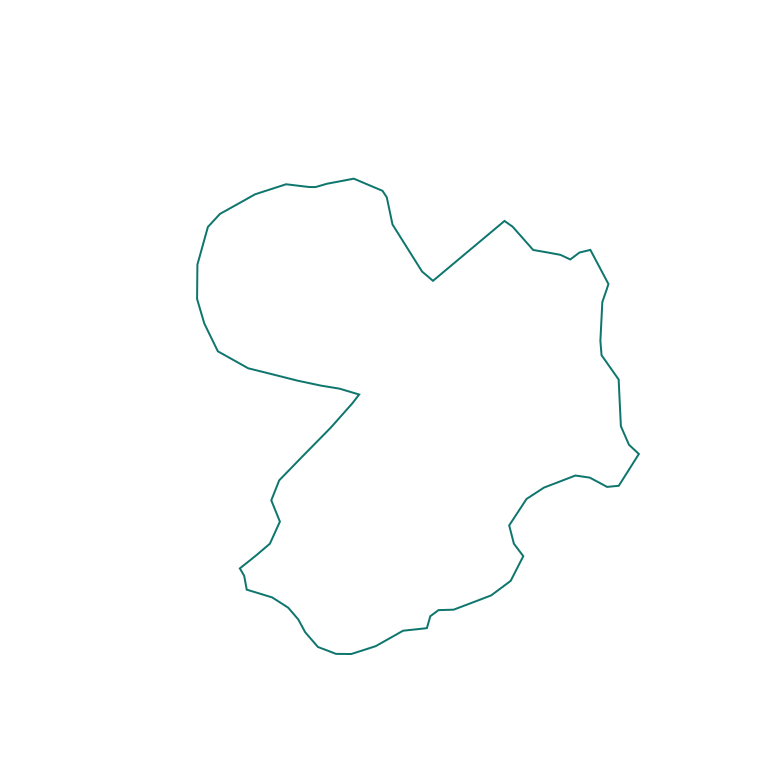 the district of Aragats, Aragatsotn, Armenia, rotated 136°
{"feature_id": "60910142B99974391467530", "entity_name": "Aragats", "entity_type": "district", "adm_level": 2, "iso_a3": "ARM", "parent_name": "Armenia", "parent_adm1": "Aragatsotn", "projection": "albers", "projection_center": [44.244, 40.628], "detail": "fine", "context": "isolated", "style": "outline", "palette": "teal", "viewbox_px": 768, "rotation_deg": 136, "n_neighbors": 0, "source": "geoboundaries", "source_scale": "gbopen_adm2", "svg_char_len": 1150}
<svg xmlns="http://www.w3.org/2000/svg" viewBox="0 0 768 768"><g transform="rotate(136 384 384)"><path d="M249.3,156.6L250.0,170.1L242.9,189.1L233.7,199.6L220.2,215.0L212.1,224.2L207.5,253.6L198.4,264.7L170.0,291.3L157.8,297.5L153.1,300.0L142.4,337.1L152.1,342.8L163.5,344.2L167.4,354.4L175.7,366.0L183.6,376.8L182.2,407.8L184.1,417.6L277.1,424.2L278.5,438.5L267.1,492.8L252.3,516.4L250.9,524.0L263.1,552.7L285.8,567.6L296.4,573.2L298.9,575.6L301.0,577.7L315.7,595.7L344.9,610.0L383.8,620.3L401.6,619.3L435.3,599.5L459.4,575.0L471.3,552.2L480.8,522.9L470.8,489.7L443.7,446.2L430.6,426.8L419.2,411.5L409.2,393.7L420.1,392.1L452.8,389.6L495.1,388.5L526.3,387.5L545.9,378.6L554.5,357.3L577.0,348.4L595.9,349.6L615.8,351.5L617.8,343.2L625.6,331.4L612.7,308.2L608.3,289.6L609.2,274.2L613.1,260.3L613.5,253.8L614.2,240.7L606.0,223.2L595.1,212.5L572.1,201.2L541.7,193.3L524.6,180.0L522.7,178.6L512.0,184.8L501.9,183.5L490.7,173.3L453.8,157.5L429.6,154.4L403.4,163.4L401.5,179.0L401.2,179.4L392.2,195.3L361.3,202.3L342.2,198.6L341.0,198.4L309.9,185.2L301.0,173.7L295.0,155.0L285.8,147.7L249.3,156.6Z" fill="none" stroke="#0f766e" stroke-width="2"/></g></svg>